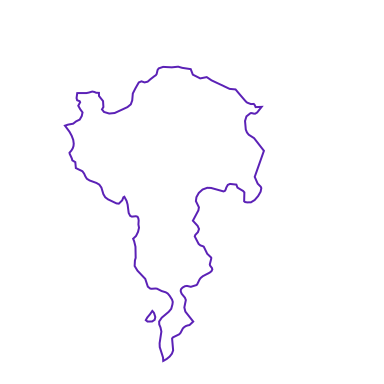 outline of Gerona, rotated 244°
{"feature_id": "ESP-5820", "entity_name": "Gerona", "entity_type": "Autonomous Community", "adm_level": 1, "iso_a3": "ESP", "parent_name": "Spain", "parent_adm1": "", "projection": "orthographic", "projection_center": [2.529, 42.07], "detail": "fine", "context": "isolated", "style": "outline", "palette": "violet", "viewbox_px": 384, "rotation_deg": 244, "n_neighbors": 0, "source": "natural_earth", "source_scale": "10m", "svg_char_len": 3028}
<svg xmlns="http://www.w3.org/2000/svg" viewBox="0 0 384 384"><g transform="rotate(244 192 192)"><path d="M52.8,92.1L55.9,93.4L66.7,95.0L70.3,96.6L80.0,103.3L84.0,104.3L87.3,104.5L90.0,105.7L92.3,109.7L94.5,118.5L96.1,122.1L99.5,125.1L101.6,126.5L104.0,126.9L108.5,126.4L111.4,125.7L113.4,124.4L116.3,121.3L120.5,118.1L121.3,116.8L122.7,113.3L123.5,112.1L126.3,110.8L134.4,111.9L145.2,108.5L150.6,108.0L155.5,110.7L157.5,112.5L167.6,117.2L173.0,118.4L175.8,118.6L177.0,122.4L179.8,126.0L183.1,128.7L186.3,129.6L189.8,131.6L191.8,132.2L193.6,132.2L194.8,131.0L196.2,127.2L197.6,126.0L200.9,125.9L208.9,128.6L212.7,129.3L217.4,129.1L217.3,128.0L215.1,125.6L213.6,121.1L214.9,119.1L222.2,113.3L225.3,111.7L228.9,111.4L235.7,112.5L239.3,111.9L242.0,110.1L247.3,105.0L250.0,103.3L252.8,103.0L255.8,103.1L258.7,102.6L264.4,98.1L270.0,100.2L272.9,98.3L274.8,98.7L279.9,98.8L281.0,99.1L282.1,101.7L283.5,103.9L285.2,105.6L287.3,106.9L290.9,108.1L295.3,108.5L299.8,108.3L307.3,106.9L306.9,110.1L305.5,115.1L306.3,118.8L306.3,122.8L308.6,126.2L311.5,128.5L315.4,127.8L319.4,127.6L321.7,130.8L322.9,130.8L324.8,129.0L327.0,129.4L331.2,132.2L327.2,140.5L326.6,142.8L326.0,146.4L324.7,148.1L323.2,149.4L321.9,151.8L319.1,150.5L312.7,151.9L307.2,149.6L305.7,147.3L302.5,148.0L298.8,152.0L296.9,157.1L296.7,165.4L296.6,171.2L297.6,175.4L300.5,178.4L306.5,182.0L309.9,186.5L313.8,192.2L313.6,195.1L311.3,197.4L310.6,200.5L311.6,204.2L312.6,209.0L312.8,210.6L313.5,211.9L316.8,214.6L317.7,216.3L317.1,220.9L312.9,228.5L310.7,234.5L307.9,237.6L303.0,244.7L297.1,244.2L290.5,249.2L288.8,255.6L283.8,258.5L268.2,271.0L265.1,276.1L259.5,277.5L255.3,278.6L250.7,279.8L248.8,280.4L248.0,280.9L245.3,283.4L244.8,284.4L244.1,286.1L242.5,286.5L240.4,286.4L238.0,291.9L234.9,285.4L234.7,283.2L235.2,282.1L236.8,280.2L237.2,279.1L236.1,274.1L232.6,270.8L224.5,267.7L221.4,267.5L218.6,268.1L213.2,271.4L197.5,274.7L178.1,255.0L170.7,254.7L166.6,256.1L165.1,256.0L162.2,253.8L159.4,249.7L157.3,244.8L156.9,240.4L158.5,237.0L159.7,235.3L160.8,234.8L168.7,238.9L170.5,238.4L176.0,234.8L179.2,235.1L182.6,229.7L182.7,227.3L180.9,224.7L179.4,223.3L178.6,222.0L178.7,220.6L187.3,210.9L189.1,207.5L189.6,202.6L188.2,197.7L185.4,193.7L182.1,191.5L175.2,191.5L172.7,189.7L165.8,180.2L159.1,182.2L155.7,182.1L153.3,179.7L152.0,176.2L150.9,175.0L142.4,175.2L140.4,176.1L138.4,178.1L137.7,178.6L129.8,178.6L124.6,180.5L123.7,180.1L119.2,176.3L117.9,176.0L114.9,176.6L113.5,176.3L112.3,174.8L111.8,172.6L111.6,165.0L111.0,162.3L110.1,160.5L106.6,156.0L106.4,155.1L107.3,149.4L109.8,146.3L110.4,144.4L110.3,142.0L109.9,140.6L109.4,139.5L108.6,138.8L107.5,138.3L105.1,138.1L100.1,139.3L97.6,139.1L91.6,134.5L87.4,133.6L75.0,136.3L73.5,131.4L74.0,129.5L74.2,127.7L74.0,125.9L73.4,124.0L70.4,119.9L69.7,118.1L69.7,111.2L69.1,109.9L57.9,105.6L55.5,103.1L53.9,99.8L53.0,96.0L52.8,92.1ZM97.1,94.3L98.8,96.8L100.6,100.8L102.5,104.2L101.9,104.4L100.1,104.8L99.7,104.8L95.7,104.2L93.5,102.4L93.1,99.4L95.1,95.2L97.1,94.3Z" fill="none" stroke="#5b21b6" stroke-width="2"/></g></svg>